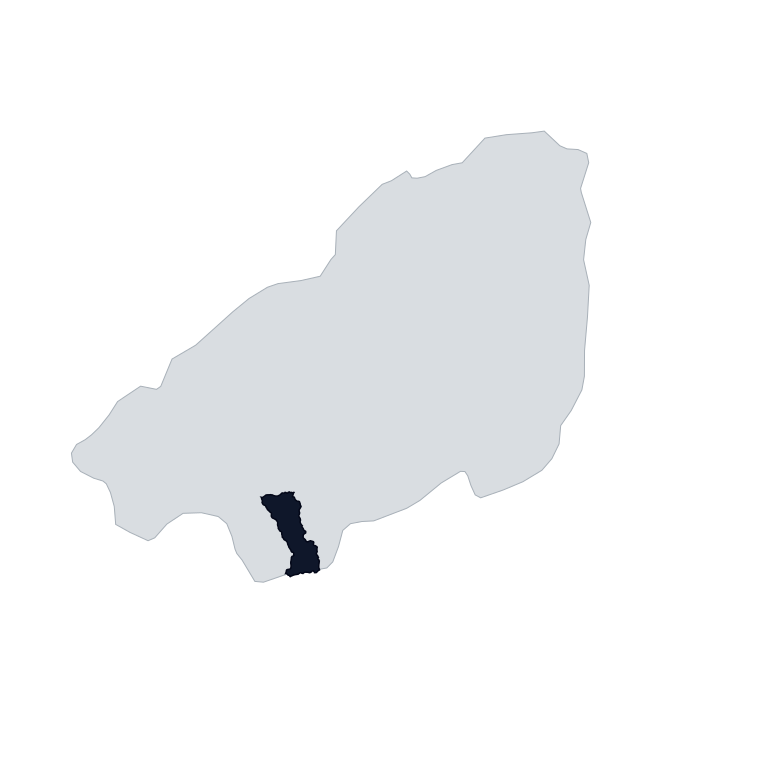 Khoma, Lhuntshi, Bhutan shown in context, rotated 144°
{"feature_id": "84629894B14168855768935", "entity_name": "Khoma", "entity_type": "district", "adm_level": 2, "iso_a3": "BTN", "parent_name": "Bhutan", "parent_adm1": "Lhuntshi", "projection": "mercator", "projection_center": [91.309, 27.836], "detail": "fine", "context": "in_parent", "style": "filled", "palette": "ink", "viewbox_px": 768, "rotation_deg": 144, "n_neighbors": 0, "source": "geoboundaries", "source_scale": "gbopen_adm2", "svg_char_len": 7225}
<svg xmlns="http://www.w3.org/2000/svg" viewBox="0 0 768 768"><g transform="rotate(144 384 384)"><path d="M602.7,333.3L601.6,337.9L596.6,350.1L593.3,363.4L596.0,374.2L607.4,387.2L622.6,397.5L642.0,398.3L659.9,394.3L667.0,395.9L676.7,413.2L683.6,428.1L674.2,443.5L669.1,457.0L667.3,466.5L668.4,470.7L674.2,478.4L680.9,491.6L681.8,503.8L677.5,511.8L668.3,515.8L658.6,514.6L650.5,514.8L640.4,516.2L624.5,520.6L609.8,526.4L582.2,525.3L571.2,513.4L566.0,513.3L540.8,528.8L513.5,526.1L463.7,531.3L442.9,532.5L421.5,530.8L410.7,527.5L390.6,516.6L372.3,508.7L353.8,515.9L347.3,517.3L332.4,535.9L300.2,542.1L268.1,546.6L258.6,544.1L240.5,543.0L239.8,538.6L240.3,534.4L236.2,531.0L228.9,527.6L216.2,526.1L200.0,521.5L190.7,517.0L157.8,523.6L138.5,513.8L116.7,500.3L105.7,494.4L101.7,473.4L97.8,466.7L89.2,459.6L84.4,451.3L88.3,442.7L110.0,426.7L111.8,423.0L121.8,393.1L135.8,382.3L149.5,367.2L160.0,343.2L180.1,318.5L202.1,293.2L217.3,272.5L227.4,262.9L248.1,252.5L265.5,246.5L277.6,232.6L292.1,224.9L307.0,221.4L329.1,223.3L349.9,228.2L372.7,235.1L375.4,240.7L373.4,250.5L370.2,260.5L370.0,265.6L373.5,268.4L395.9,270.3L423.2,268.7L438.6,270.1L472.8,279.3L482.8,285.8L493.2,290.7L503.4,289.8L516.4,279.2L530.0,270.2L538.4,268.8L544.5,271.7L555.4,280.3L577.9,288.4L598.0,294.5L604.5,300.2L602.3,325.0L602.7,333.3Z" fill="#d9dde1" stroke="#a8b0b8" stroke-width="1"/><path d="M574.9,288.6L574.3,288.4L573.9,285.6L573.0,284.7L573.0,284.4L573.1,284.1L573.2,283.5L573.0,283.2L572.2,283.2L571.9,283.1L571.5,283.1L571.1,282.9L570.3,282.8L570.0,282.7L569.8,282.6L569.7,282.6L569.3,282.7L569.0,282.8L568.8,282.4L568.5,282.1L568.2,282.1L566.8,281.4L566.4,281.1L565.9,281.0L565.4,280.6L565.0,280.6L564.5,280.6L564.2,280.6L563.8,280.6L563.0,280.6L562.7,280.6L562.3,280.3L562.2,280.1L562.0,279.7L561.8,279.3L561.4,278.8L561.1,278.5L560.9,278.3L560.5,278.4L559.9,278.4L559.5,278.5L559.2,278.4L558.9,278.3L558.7,278.3L558.4,278.1L558.0,277.8L557.6,277.5L557.4,277.3L557.0,277.1L556.7,276.8L556.3,276.4L556.0,276.1L555.7,275.8L555.5,275.4L555.2,275.1L554.9,275.0L554.7,275.0L554.5,274.8L554.2,274.8L553.9,274.7L553.8,274.9L553.5,274.8L553.4,274.9L553.2,274.9L552.7,274.7L552.1,274.9L551.7,274.8L551.1,274.7L550.8,274.0L551.0,273.7L550.8,272.7L551.1,272.2L550.7,271.9L550.1,271.5L549.5,271.2L549.3,271.2L547.7,271.6L547.2,271.6L546.2,271.6L545.9,271.5L545.4,271.5L544.6,274.0L542.8,276.3L542.5,276.6L542.4,276.8L542.2,276.8L542.0,277.1L541.8,277.3L541.0,278.1L540.3,278.9L540.4,279.8L540.1,280.0L540.2,280.3L540.3,280.8L540.3,281.2L540.0,281.5L539.6,282.1L538.9,282.3L538.9,282.6L538.9,283.1L538.8,283.7L538.6,284.2L538.8,284.8L538.7,285.3L538.6,285.9L538.5,286.5L538.1,286.9L537.5,287.1L536.9,287.5L536.4,287.9L536.2,288.4L536.2,288.8L536.1,289.2L535.8,289.2L535.2,289.9L534.7,290.6L534.1,291.0L533.9,291.5L534.0,292.1L534.4,293.1L534.6,293.6L534.9,293.8L535.5,294.6L535.6,295.5L535.5,295.8L535.2,296.0L534.7,296.4L534.1,296.9L533.8,297.5L533.8,297.9L534.2,298.6L534.9,299.3L535.4,300.2L535.8,300.5L536.9,300.8L537.8,301.0L538.5,301.1L539.0,301.7L539.3,302.0L539.4,302.6L539.4,303.1L539.2,303.8L539.2,304.4L539.3,305.0L539.5,305.7L539.7,306.8L539.5,307.7L538.8,308.4L538.4,308.9L538.2,309.1L537.7,309.5L537.2,309.6L535.4,309.6L535.1,309.5L534.5,310.0L534.2,310.4L534.0,310.8L534.0,311.1L534.4,311.7L534.7,312.6L534.7,313.0L534.6,313.5L534.3,314.7L534.3,315.3L534.5,316.1L534.5,316.8L533.4,317.3L533.5,317.8L533.5,318.5L533.5,319.1L533.5,319.7L533.2,321.2L533.0,321.6L532.4,322.3L531.8,322.8L531.5,323.0L531.4,323.4L531.2,323.8L531.0,324.2L530.9,324.5L530.8,324.9L530.9,325.3L530.9,325.6L530.8,326.0L530.6,327.1L530.5,327.4L530.1,327.8L529.8,328.0L529.5,328.1L529.2,328.3L528.9,328.5L528.5,328.8L528.0,329.4L527.8,329.7L527.6,330.4L527.5,330.8L526.9,331.7L526.6,331.9L526.4,332.1L526.0,332.4L525.6,332.5L525.2,332.6L524.7,332.9L523.5,333.4L523.2,333.6L523.0,333.8L523.0,334.2L522.9,334.6L522.8,334.9L522.7,335.5L522.6,335.8L522.4,336.1L522.2,336.4L522.1,336.6L522.0,337.0L521.9,337.6L521.7,338.0L521.6,338.6L521.8,339.0L522.2,339.5L522.5,339.6L522.9,340.0L523.1,340.3L523.3,340.6L523.5,341.2L523.6,341.4L523.6,341.7L523.7,342.2L523.8,342.7L523.7,343.3L523.6,343.6L523.5,343.8L523.4,344.0L523.4,344.4L523.2,344.8L523.2,345.0L523.2,345.4L523.6,345.9L523.8,346.2L524.3,346.6L524.2,346.7L524.0,346.8L523.1,347.6L522.0,348.4L521.5,348.8L521.2,349.0L520.9,349.1L520.6,349.1L520.6,349.3L521.2,349.5L521.5,349.5L521.8,349.5L522.0,349.6L522.2,349.8L522.3,350.0L522.3,350.4L522.4,350.6L522.7,350.6L522.9,350.6L523.1,350.7L523.3,350.8L523.5,351.1L523.6,351.4L523.7,351.6L523.7,351.8L523.8,352.1L524.0,352.3L524.5,352.4L524.6,352.5L525.0,352.7L526.0,352.5L526.5,352.5L526.8,352.7L526.9,352.8L527.0,353.6L527.2,353.9L527.3,354.1L527.9,354.5L528.0,354.4L528.4,354.3L528.5,354.3L529.0,354.4L529.2,354.6L529.4,354.8L529.7,355.1L530.1,355.5L530.5,355.7L530.9,355.8L531.2,355.7L531.6,355.7L532.3,355.5L533.1,355.5L533.4,355.4L533.5,355.4L533.8,355.4L534.6,355.6L535.7,355.8L537.3,356.8L538.8,358.5L539.3,359.5L539.4,359.8L540.2,360.4L540.6,361.0L541.8,361.7L542.5,362.2L543.4,362.8L544.2,363.3L544.7,363.5L545.0,363.6L545.6,363.5L546.7,363.5L547.3,363.5L547.9,363.5L548.4,363.5L548.9,363.7L549.6,364.2L549.9,364.5L549.9,364.3L550.2,363.6L550.6,362.7L550.7,362.2L551.0,361.1L551.3,360.6L552.2,360.0L552.5,358.9L552.6,357.9L552.6,357.5L552.2,356.5L551.5,355.4L551.5,354.8L551.9,353.1L551.8,352.2L551.9,351.6L552.1,351.2L552.1,350.6L551.8,349.8L551.8,349.2L551.5,348.1L551.5,347.2L551.2,346.7L551.0,345.8L551.3,345.2L552.3,344.1L552.9,343.3L553.1,341.8L552.9,341.0L552.4,340.2L552.0,339.5L551.6,338.5L551.1,337.9L551.3,336.8L551.2,336.0L551.0,335.4L551.3,334.8L551.4,334.5L551.6,334.3L551.9,333.8L552.1,333.6L552.7,332.9L552.9,332.6L553.1,332.2L553.2,331.9L553.3,331.6L553.5,330.9L553.6,330.4L554.1,329.8L554.3,329.6L554.4,329.3L554.5,329.0L554.5,328.7L554.5,328.4L554.5,328.0L554.4,327.6L554.7,326.8L554.7,326.5L554.4,325.8L554.2,325.4L554.1,325.1L553.9,324.8L553.8,324.4L553.9,324.1L554.1,323.8L554.4,323.4L554.6,323.1L554.9,322.8L555.1,322.4L555.1,322.0L555.3,321.6L555.7,321.0L555.7,320.7L555.9,320.4L556.1,320.2L556.3,320.0L556.3,319.5L556.2,319.2L556.1,318.8L556.1,318.5L556.2,318.0L556.2,317.6L556.3,317.2L556.3,316.8L556.0,316.1L555.6,315.2L555.4,314.8L555.3,314.5L555.3,314.1L555.3,313.8L555.3,313.5L555.3,313.1L555.3,312.7L555.4,312.3L555.6,311.9L556.0,311.2L556.1,310.9L556.1,310.5L556.2,310.3L556.3,309.9L556.4,309.5L556.5,308.8L556.8,308.2L556.9,307.8L556.9,307.4L556.9,306.8L556.9,306.1L557.0,305.4L557.0,304.7L557.0,304.4L557.1,304.1L557.2,303.8L557.4,303.3L557.4,302.8L557.4,302.4L557.3,302.1L557.0,301.7L556.5,301.4L556.4,301.1L556.4,300.7L556.5,300.3L556.7,300.0L556.9,299.6L557.2,299.3L557.4,299.0L557.5,298.7L557.6,298.3L559.0,298.3L559.4,298.5L559.7,298.6L560.0,298.5L560.7,298.2L561.1,297.9L561.5,297.3L562.1,296.7L562.5,296.2L563.0,295.7L563.6,295.2L564.2,294.6L564.4,294.3L565.1,293.3L565.2,293.0L565.5,292.4L566.0,291.6L566.2,291.2L566.5,291.0L566.8,290.6L567.5,290.0L567.8,289.7L568.2,289.6L568.4,289.6L569.2,289.7L569.5,289.8L569.9,290.0L570.5,290.4L570.8,290.5L571.0,290.6L571.4,290.7L571.6,290.8L572.0,290.8L572.3,290.7L572.6,290.5L572.8,290.2L573.2,289.9L573.4,289.6L574.9,288.6Z" fill="#0f172a" stroke="#020617" stroke-width="1.5"/></g></svg>